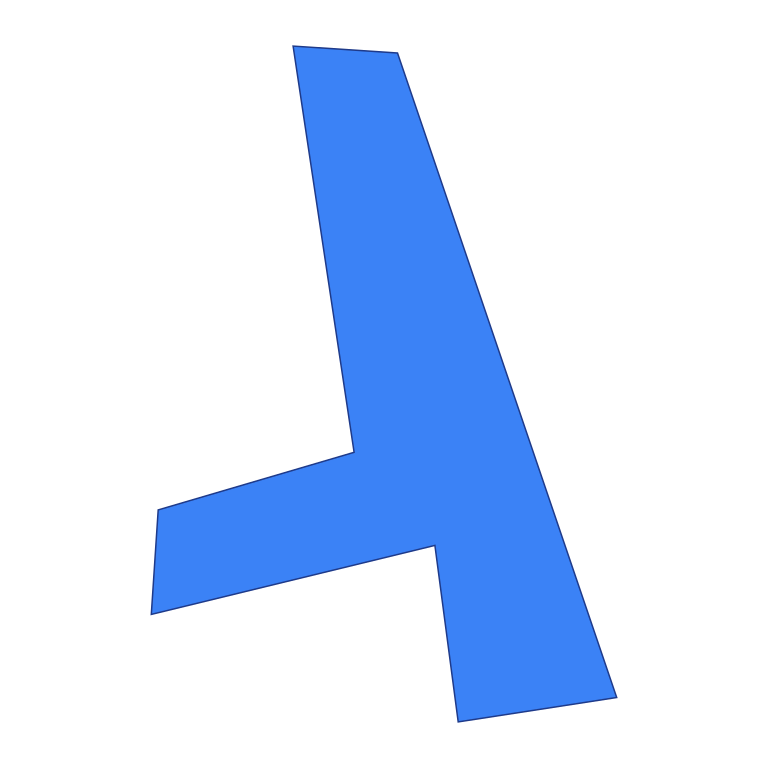 Yangiyer city, Sirdaryo, Uzbekistan (Mercator projection)
{"feature_id": "79887680B81011252135215", "entity_name": "Yangiyer city", "entity_type": "district", "adm_level": 2, "iso_a3": "UZB", "parent_name": "Uzbekistan", "parent_adm1": "Sirdaryo", "projection": "mercator", "projection_center": [68.818, 40.252], "detail": "fine", "context": "isolated", "style": "filled", "palette": "blue", "viewbox_px": 768, "rotation_deg": 0, "n_neighbors": 0, "source": "geoboundaries", "source_scale": "gbopen_adm2", "svg_char_len": 237}
<svg xmlns="http://www.w3.org/2000/svg" viewBox="0 0 768 768"><path d="M397.5,53.0L293.1,46.1L354.1,452.3L158.2,509.9L151.3,614.4L434.9,545.4L458.2,721.9L616.7,697.5L397.5,53.0Z" fill="#3b82f6" stroke="#1e3a8a" stroke-width="1.5"/></svg>